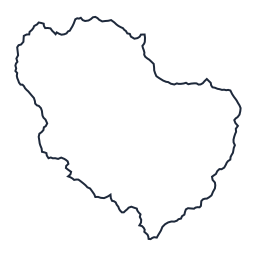 outline of Alfredo Wagner, Santa Catarina, Brazil
{"feature_id": "56859067B29143197602699", "entity_name": "Alfredo Wagner", "entity_type": "district", "adm_level": 2, "iso_a3": "BRA", "parent_name": "Brazil", "parent_adm1": "Santa Catarina", "projection": "albers", "projection_center": [-49.333, -27.717], "detail": "fine", "context": "isolated", "style": "outline", "palette": "slate", "viewbox_px": 256, "rotation_deg": 0, "n_neighbors": 0, "source": "geoboundaries", "source_scale": "gbopen_adm2", "svg_char_len": 3511}
<svg xmlns="http://www.w3.org/2000/svg" viewBox="0 0 256 256"><path d="M140.9,34.6L139.7,36.7L137.5,38.1L134.4,38.7L130.9,36.6L129.8,33.9L127.3,33.4L125.9,31.0L124.2,29.8L123.0,28.2L120.6,27.1L118.4,25.9L116.5,24.5L114.3,22.4L111.1,20.1L108.1,20.8L105.3,21.0L102.2,21.4L99.2,19.8L97.5,18.1L95.3,16.9L92.9,17.3L90.9,19.1L88.5,20.5L85.1,21.0L82.7,20.1L80.8,17.8L79.0,18.6L77.2,18.3L75.3,19.3L73.8,23.4L72.3,26.5L71.0,28.6L69.8,30.7L68.0,31.4L66.5,33.4L64.2,34.3L61.5,34.7L59.0,33.7L56.7,32.4L55.6,34.2L53.9,32.4L52.2,30.8L50.5,28.4L47.8,28.0L45.2,28.1L43.9,25.9L43.7,23.7L41.3,23.0L38.7,22.5L37.1,24.4L34.2,26.0L33.3,28.1L31.9,29.9L29.6,31.9L29.2,34.4L26.6,34.5L23.8,35.9L23.6,38.6L23.4,41.8L21.1,44.5L18.6,45.2L17.2,47.3L17.5,50.0L17.8,52.6L18.1,55.3L16.4,58.5L17.4,61.8L16.0,63.5L15.4,65.6L16.2,68.4L15.4,71.0L17.2,73.0L16.8,75.9L17.3,78.2L18.2,80.3L19.0,82.6L20.5,84.6L22.5,84.7L23.9,86.1L25.1,88.3L26.8,90.1L28.2,91.3L29.7,93.1L31.7,95.5L33.9,98.0L34.9,101.1L35.2,103.6L37.0,105.4L38.8,105.9L40.9,108.1L41.9,110.9L42.2,113.4L42.5,115.6L43.5,117.7L45.5,119.6L47.2,123.4L45.7,126.2L43.9,127.3L43.4,130.1L41.6,132.1L39.4,133.7L38.7,136.8L39.3,140.5L39.7,143.4L40.4,145.6L41.6,148.5L42.0,151.8L44.6,152.4L46.4,153.1L46.8,155.5L48.5,158.2L50.8,157.5L52.8,158.3L55.2,158.2L58.1,158.9L61.2,157.6L64.3,158.9L65.9,159.9L67.7,161.4L68.4,163.9L66.2,165.9L65.9,168.0L68.5,170.0L71.1,171.8L70.4,174.4L68.1,176.4L70.3,177.2L72.5,178.5L74.1,179.9L76.5,179.5L78.4,179.6L80.6,181.2L83.5,183.5L85.6,185.3L87.4,187.3L90.1,188.5L92.3,191.5L94.3,194.4L95.3,197.0L98.0,196.9L100.7,197.8L104.0,198.1L106.0,197.3L108.3,196.2L110.5,194.7L110.8,198.0L112.0,200.8L114.1,201.3L115.7,202.4L116.7,204.7L118.3,206.7L119.0,208.7L120.0,210.4L121.8,212.3L123.8,212.3L125.5,210.7L127.3,209.2L128.6,207.7L131.3,206.7L134.1,207.7L136.8,208.6L137.3,210.5L138.7,212.5L140.5,214.3L139.8,216.9L141.2,219.7L141.0,222.6L139.4,225.4L141.9,226.0L143.6,227.7L144.7,229.7L144.3,231.8L146.0,233.3L147.5,234.6L148.3,236.6L148.6,238.9L150.6,239.1L152.3,237.9L154.1,237.2L156.8,237.6L158.0,235.4L159.4,233.1L160.9,230.6L162.4,226.9L165.1,224.2L168.2,222.4L171.4,221.5L174.3,221.6L176.9,220.7L178.5,219.2L181.0,218.6L182.0,216.2L184.4,214.6L185.0,211.9L185.9,209.4L188.0,208.2L191.4,208.5L194.0,208.7L195.5,207.6L197.4,207.2L199.6,207.3L200.9,205.9L201.1,203.7L201.3,201.1L203.0,199.3L204.9,198.7L206.9,198.6L209.2,197.2L211.5,195.4L213.0,191.8L214.9,188.4L215.3,185.3L214.9,182.5L212.6,179.9L212.0,176.7L214.1,175.2L215.9,174.0L217.3,171.1L219.4,169.1L221.6,169.2L224.2,167.6L225.7,165.0L226.8,162.6L228.0,161.1L230.3,159.6L230.6,156.9L231.7,154.8L232.9,152.8L233.3,150.8L233.8,147.9L234.9,145.2L233.6,142.4L233.5,139.7L234.2,136.8L235.2,133.8L236.1,131.8L235.8,128.8L237.9,125.9L235.4,123.0L234.3,120.1L235.7,118.4L237.6,117.1L239.5,114.6L240.3,111.1L240.6,108.1L239.5,105.4L238.0,103.0L236.7,100.6L235.5,98.9L233.9,96.8L232.1,94.0L230.4,90.5L228.2,89.9L226.2,90.2L224.1,89.7L222.0,89.9L219.7,89.2L217.5,88.8L214.8,87.7L212.5,87.3L211.2,85.4L210.7,82.8L208.7,80.9L206.8,79.0L204.6,81.1L202.8,83.2L200.6,84.4L198.6,84.6L196.6,83.4L194.6,83.3L191.2,83.6L188.3,84.2L186.0,82.8L183.6,83.5L180.6,83.9L178.6,83.9L176.9,83.4L174.3,84.5L170.8,83.7L168.2,82.1L166.1,81.8L163.2,80.6L161.1,79.3L159.0,78.0L156.4,76.2L155.1,73.2L154.2,70.4L154.1,67.7L153.7,63.9L151.0,61.3L149.3,59.7L147.4,58.5L145.2,56.7L144.2,54.7L144.4,52.5L143.7,50.0L142.9,47.9L142.4,45.9L144.1,43.7L144.8,41.9L145.0,37.8L144.6,34.5L140.9,34.6Z" fill="none" stroke="#1e293b" stroke-width="2"/></svg>